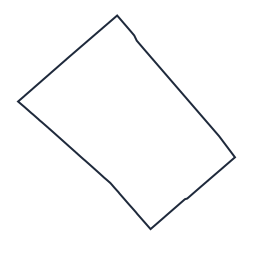 Delaware, Oklahoma, United States of America (orthographic projection), rotated 139°
{"feature_id": "52423323B24227440856530", "entity_name": "Delaware", "entity_type": "district", "adm_level": 2, "iso_a3": "USA", "parent_name": "United States of America", "parent_adm1": "Oklahoma", "projection": "orthographic", "projection_center": [-94.691, 36.416], "detail": "fine", "context": "isolated", "style": "outline", "palette": "slate", "viewbox_px": 256, "rotation_deg": 139, "n_neighbors": 0, "source": "geoboundaries", "source_scale": "gbopen_adm2", "svg_char_len": 703}
<svg xmlns="http://www.w3.org/2000/svg" viewBox="0 0 256 256"><g transform="rotate(139 128 128)"><path d="M62.4,220.0L125.0,220.3L193.6,220.1L192.7,214.1L192.4,212.2L191.1,202.3L190.9,201.3L190.1,195.4L190.0,194.4L189.9,194.1L189.7,191.8L189.1,188.3L189.1,188.1L187.1,173.3L186.7,170.1L185.2,158.3L184.6,153.5L182.7,138.4L182.0,133.1L181.8,132.0L181.0,125.9L179.2,111.6L178.6,106.3L178.1,103.1L177.4,97.9L177.4,92.2L177.4,91.2L177.3,85.2L177.4,84.6L177.4,84.3L177.4,72.8L177.4,69.5L177.3,61.8L177.3,59.0L177.4,56.9L177.3,36.9L131.7,36.9L129.6,35.9L112.6,35.9L66.5,35.7L64.6,62.2L64.5,93.9L64.2,177.8L64.1,188.2L62.6,193.7L62.5,199.0L62.4,220.0Z" fill="none" stroke="#1e293b" stroke-width="2"/></g></svg>